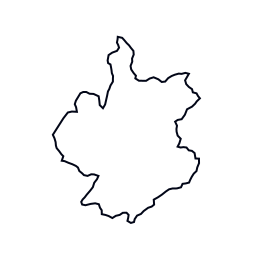 Serra Negra, São Paulo, Brazil, rotated 56°
{"feature_id": "56859067B13856300620043", "entity_name": "Serra Negra", "entity_type": "district", "adm_level": 2, "iso_a3": "BRA", "parent_name": "Brazil", "parent_adm1": "São Paulo", "projection": "natural_earth1", "projection_center": [-46.694, -22.584], "detail": "fine", "context": "isolated", "style": "outline", "palette": "ink", "viewbox_px": 256, "rotation_deg": 56, "n_neighbors": 0, "source": "geoboundaries", "source_scale": "gbopen_adm2", "svg_char_len": 2110}
<svg xmlns="http://www.w3.org/2000/svg" viewBox="0 0 256 256"><g transform="rotate(56 128 128)"><path d="M104.8,198.4L108.8,198.0L112.6,197.9L115.2,197.4L118.1,201.2L120.0,199.1L123.6,196.8L126.9,194.4L130.3,192.4L132.8,191.6L136.4,192.4L140.1,191.3L142.4,190.9L145.1,188.3L145.8,184.4L147.5,182.1L151.2,179.3L153.1,182.3L154.5,186.6L157.4,190.2L158.8,194.4L160.2,199.5L161.3,202.7L161.9,205.6L163.1,208.1L165.8,208.8L168.2,206.5L170.1,201.3L172.1,197.3L174.9,194.8L178.4,195.8L181.5,195.8L184.8,197.9L187.6,195.2L190.1,193.3L193.9,191.3L194.0,187.2L195.4,183.5L195.4,179.7L197.4,176.6L200.4,176.1L202.6,178.1L204.7,180.4L208.3,178.7L209.3,175.6L207.3,173.4L205.7,169.5L206.5,165.3L205.6,161.4L205.4,155.9L206.4,152.3L206.1,149.2L201.8,146.7L202.2,141.9L202.2,137.1L201.8,132.1L201.8,128.2L203.0,125.0L205.4,121.3L206.8,117.2L204.8,114.0L206.3,111.0L207.4,107.9L205.8,105.5L204.1,102.4L202.6,99.0L202.0,95.3L199.4,92.6L196.9,88.8L193.1,86.3L191.0,89.1L186.0,86.8L182.7,87.8L180.5,90.1L176.9,90.4L174.8,92.8L173.6,95.3L171.2,97.3L169.4,94.0L166.4,90.3L162.1,91.1L158.3,89.8L155.9,88.4L153.5,86.1L149.1,85.4L149.1,82.3L150.7,78.6L148.8,73.4L145.5,68.6L146.1,63.0L145.4,58.8L144.4,56.2L143.6,51.8L140.7,52.1L137.6,51.8L134.7,54.3L131.6,53.2L128.0,54.6L124.2,55.2L120.4,54.0L117.1,47.2L114.4,49.6L113.1,53.3L111.3,55.5L110.0,59.4L109.3,62.7L109.1,66.8L110.3,71.2L108.7,74.3L104.6,75.6L100.3,78.4L99.1,82.4L99.0,86.6L97.5,88.8L94.9,92.5L91.0,94.2L89.1,92.2L85.7,92.6L81.3,92.6L78.0,91.2L75.4,87.4L72.7,85.8L70.3,82.2L67.1,80.4L63.0,80.8L60.1,80.9L56.8,81.6L52.8,82.0L50.0,82.4L46.7,85.5L48.7,87.1L51.0,89.4L53.5,89.7L56.4,90.5L57.9,94.0L56.7,98.9L56.7,103.3L60.6,107.1L63.1,108.2L65.5,107.0L67.9,108.0L71.0,109.4L73.5,110.7L76.5,111.3L78.5,112.8L81.1,114.6L83.0,118.8L85.2,121.7L86.5,124.2L89.3,127.0L95.7,133.8L97.6,137.7L93.2,138.6L89.1,136.4L85.3,134.6L80.5,137.5L78.1,140.7L74.9,142.4L73.1,145.0L72.6,148.1L74.5,152.2L76.2,155.9L78.5,158.8L81.7,159.4L86.0,161.3L83.0,165.3L81.5,169.2L83.8,176.1L91.6,194.1L95.4,194.7L99.2,195.9L102.3,197.6L104.8,198.4Z" fill="none" stroke="#020617" stroke-width="2"/></g></svg>